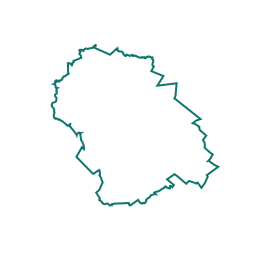 Julimes, Chihuahua, Mexico (orthographic projection), rotated 54°
{"feature_id": "50627088B60832764268377", "entity_name": "Julimes", "entity_type": "district", "adm_level": 2, "iso_a3": "MEX", "parent_name": "Mexico", "parent_adm1": "Chihuahua", "projection": "orthographic", "projection_center": [-105.121, 28.529], "detail": "fine", "context": "isolated", "style": "outline", "palette": "teal", "viewbox_px": 256, "rotation_deg": 54, "n_neighbors": 0, "source": "geoboundaries", "source_scale": "gbopen_adm2", "svg_char_len": 5566}
<svg xmlns="http://www.w3.org/2000/svg" viewBox="0 0 256 256"><g transform="rotate(54 128 128)"><path d="M36.4,121.1L36.4,121.7L38.6,121.8L38.8,122.7L39.3,123.6L39.6,123.9L40.3,123.8L40.9,123.5L42.4,123.8L42.9,124.5L43.7,124.6L41.7,132.7L42.8,133.1L42.8,135.3L43.4,135.5L44.3,136.2L44.4,136.6L44.0,136.7L43.7,136.5L43.3,136.3L43.4,136.1L42.8,135.9L42.6,136.0L42.2,136.8L41.8,137.0L41.5,137.2L41.5,137.5L41.3,137.7L40.9,138.0L40.4,138.1L40.2,138.5L46.7,143.0L47.8,143.8L48.2,144.0L49.3,144.1L49.4,144.6L49.0,145.1L48.9,146.2L49.2,147.1L49.0,147.6L49.0,148.9L48.5,149.8L48.9,150.2L48.9,150.6L48.8,151.1L49.7,152.2L49.7,152.9L49.9,153.1L49.8,153.3L49.8,153.9L50.0,154.0L49.9,154.8L50.0,155.1L49.9,156.4L48.9,156.2L48.8,157.7L48.4,157.6L47.6,157.6L47.2,158.0L47.2,158.5L47.5,158.5L47.4,159.0L47.8,159.3L47.7,159.6L48.7,159.8L48.7,162.0L49.2,161.3L50.3,161.8L50.6,161.5L52.9,162.6L54.1,161.6L54.0,162.1L54.2,162.7L54.5,162.8L55.0,163.3L55.6,163.4L55.9,164.3L56.9,164.4L57.9,165.0L58.2,165.5L58.0,165.8L58.1,166.9L58.3,167.4L58.6,167.5L58.8,167.8L59.0,167.9L59.1,168.1L59.4,168.2L60.9,168.2L62.1,168.4L64.1,170.5L64.0,170.9L64.1,171.9L63.5,173.6L63.3,174.5L63.5,174.9L64.2,175.5L64.6,176.0L64.7,176.5L65.1,176.7L67.6,176.8L68.6,176.6L69.5,176.7L70.4,177.5L71.0,177.8L71.4,178.2L72.0,178.2L72.5,178.5L73.4,180.0L74.1,180.7L75.7,181.4L75.9,181.6L76.2,181.7L76.8,181.4L77.3,181.0L77.5,181.0L77.8,181.2L77.9,180.9L78.2,180.7L78.5,180.3L78.6,179.9L78.9,179.7L79.5,179.8L79.7,179.5L80.0,179.5L80.1,179.4L80.2,179.1L80.7,179.0L80.7,178.8L80.9,178.4L81.1,178.5L81.5,178.1L82.1,178.1L82.6,177.9L82.9,177.9L83.5,177.3L84.0,177.3L84.4,177.0L86.5,176.5L88.2,176.0L89.2,176.0L89.8,175.7L90.7,175.5L90.9,175.3L90.7,174.7L90.7,173.6L90.9,172.6L92.2,174.1L93.4,173.9L101.1,173.5L102.2,173.4L103.6,173.7L103.3,173.4L103.0,172.3L102.7,171.3L103.1,170.8L102.9,170.4L104.0,169.8L104.4,169.1L104.4,169.4L104.7,169.9L105.4,170.6L106.1,170.8L108.6,172.2L110.7,173.2L112.2,173.0L113.1,173.4L113.4,173.4L115.5,173.9L116.5,174.3L117.4,175.0L118.4,175.2L118.7,175.6L119.0,175.8L119.3,176.2L116.4,176.5L121.1,186.7L142.3,183.6L144.7,183.1L145.0,176.0L146.4,176.2L146.8,176.7L147.9,177.2L148.7,177.7L149.3,178.3L149.5,178.9L150.3,178.8L151.7,179.1L152.8,179.2L153.5,179.6L155.1,179.9L156.5,180.4L157.1,180.4L160.4,186.1L160.8,186.6L161.3,187.9L161.6,191.7L168.5,192.2L169.3,193.6L171.9,192.6L172.8,192.8L173.9,192.6L174.0,192.8L175.2,192.3L176.0,191.6L176.2,191.2L176.2,190.7L177.0,189.0L178.0,188.5L178.3,188.6L179.2,188.6L179.9,188.3L180.1,187.5L180.9,186.6L180.4,186.4L180.1,185.8L180.5,185.1L180.7,184.9L180.8,184.4L181.0,184.1L181.0,183.8L189.2,171.4L189.9,171.6L190.5,172.1L190.9,171.8L191.6,171.9L191.8,171.5L192.0,171.5L192.1,162.0L194.8,162.3L195.6,162.1L196.0,161.7L196.9,161.6L197.4,161.1L197.5,159.6L198.4,159.3L198.4,158.9L198.6,158.4L198.3,157.9L198.2,156.9L197.8,156.2L197.4,155.9L197.0,155.8L196.7,155.3L196.5,153.1L196.9,151.6L196.6,151.4L196.4,150.5L195.9,149.1L196.0,148.5L196.4,147.4L197.0,145.4L197.2,144.9L197.7,144.5L195.7,144.6L196.0,143.1L196.3,142.5L196.3,142.2L196.7,141.7L197.2,139.7L197.3,138.3L197.2,136.1L197.4,135.7L197.5,135.3L197.5,134.8L197.7,134.3L197.5,133.4L197.3,133.1L197.1,132.6L197.5,132.2L198.0,132.0L197.9,131.8L198.4,131.8L198.9,131.5L199.2,131.5L199.5,131.4L200.4,130.6L200.7,130.5L200.8,130.2L200.6,129.2L201.2,129.3L200.8,128.7L200.1,128.2L199.4,128.0L199.0,127.6L199.9,127.9L200.2,127.5L200.7,127.4L200.7,127.2L201.2,126.9L201.9,126.9L201.1,124.4L192.5,126.6L192.7,117.6L195.6,116.5L198.6,115.8L207.4,113.6L206.7,110.2L206.8,109.7L211.5,106.3L212.9,105.7L213.0,105.5L212.9,104.9L213.2,104.5L213.1,103.7L219.6,103.8L217.8,98.4L214.3,92.1L212.5,92.0L212.4,77.8L208.2,80.1L207.8,80.1L207.5,80.0L207.3,80.0L206.2,80.7L204.7,81.2L204.0,81.5L203.1,81.6L202.2,81.4L201.8,82.3L201.1,79.2L199.2,75.0L196.9,75.8L193.2,76.7L188.9,77.6L188.5,77.1L187.9,76.7L186.5,75.5L184.6,74.6L181.8,74.4L180.2,69.2L171.9,71.1L170.7,70.7L169.1,70.0L168.9,69.6L167.5,70.3L167.0,70.3L163.5,71.6L163.1,71.8L162.7,72.6L162.1,72.9L162.1,68.4L163.4,64.1L131.3,73.0L130.9,72.1L129.8,70.6L129.1,70.0L128.8,69.7L120.4,62.4L111.0,79.4L106.8,68.8L95.7,75.7L93.3,70.9L92.3,71.3L91.8,71.5L89.9,69.9L89.8,69.5L89.3,68.7L88.8,68.5L88.0,67.7L87.8,67.6L87.0,67.9L86.1,67.9L85.6,67.1L85.6,66.7L85.4,66.6L84.8,67.3L84.3,68.0L83.1,68.4L83.0,68.8L82.6,69.0L82.2,69.5L82.2,69.8L81.7,70.2L81.9,70.7L81.6,71.0L81.8,72.3L81.4,72.3L81.4,72.9L81.2,73.4L80.9,73.5L80.6,73.2L80.4,73.2L80.1,74.2L79.8,74.2L79.4,74.4L79.1,74.5L79.0,75.1L79.1,75.4L78.8,75.6L78.7,76.1L78.7,76.4L78.4,76.7L78.0,77.1L77.7,77.1L77.3,77.4L76.8,78.0L76.3,78.4L76.3,78.5L76.1,78.6L75.2,78.7L74.3,79.2L74.2,79.5L73.3,80.2L73.1,80.7L72.8,80.5L72.7,80.7L72.2,81.9L71.9,81.9L71.4,81.7L71.1,82.9L70.8,83.4L70.9,83.6L70.9,83.8L70.9,84.0L70.7,84.1L70.3,84.4L69.9,84.5L69.5,84.8L68.4,85.7L68.4,85.9L68.2,86.0L67.8,86.1L67.8,86.4L68.1,86.6L68.2,87.2L68.4,87.3L68.2,87.7L67.5,88.2L66.9,88.1L66.1,88.4L65.2,88.3L64.9,87.9L64.7,87.7L63.9,87.9L62.9,88.0L62.1,88.6L61.0,90.0L60.4,90.3L60.3,90.2L59.8,90.3L59.6,90.8L59.1,90.8L59.0,90.6L58.7,90.9L58.0,90.8L57.8,91.0L57.7,90.7L57.6,91.0L57.4,90.8L57.3,91.0L57.2,90.9L58.2,99.4L42.8,108.3L42.4,105.5L41.8,105.4L41.7,105.5L41.7,105.8L42.1,106.8L41.8,108.2L42.3,109.2L42.2,109.5L42.0,110.6L40.8,112.5L40.6,113.9L40.0,114.5L39.2,114.9L38.9,115.6L38.7,116.5L38.8,117.3L39.0,118.0L39.4,118.4L39.5,118.9L39.3,119.0L38.5,118.9L38.1,119.0L38.0,119.3L37.7,119.7L37.2,119.8L37.0,120.4L37.1,120.5L37.6,120.6L37.7,120.8L37.4,120.7L36.6,120.9L36.4,121.1Z" fill="none" stroke="#0f766e" stroke-width="2"/></g></svg>